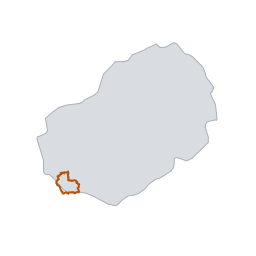 Delchevo, Delčevo, North Macedonia shown in context, rotated 159°
{"feature_id": "65306769B90097726978799", "entity_name": "Delchevo", "entity_type": "district", "adm_level": 2, "iso_a3": "MKD", "parent_name": "North Macedonia", "parent_adm1": "Delčevo", "projection": "robinson", "projection_center": [22.782, 41.938], "detail": "fine", "context": "in_parent", "style": "outline", "palette": "amber", "viewbox_px": 256, "rotation_deg": 159, "n_neighbors": 0, "source": "geoboundaries", "source_scale": "gbopen_adm2", "svg_char_len": 2869}
<svg xmlns="http://www.w3.org/2000/svg" viewBox="0 0 256 256"><g transform="rotate(159 128 128)"><path d="M116.2,69.8L120.3,70.3L129.2,67.9L134.8,64.7L137.6,64.3L141.4,63.0L146.8,63.2L152.3,64.6L159.2,62.8L166.1,59.8L168.8,60.5L171.8,63.1L173.7,63.8L185.1,77.2L191.3,82.7L198.6,86.8L207.0,89.8L210.0,92.7L215.3,107.1L217.9,112.5L221.4,114.1L222.3,115.7L222.5,117.8L218.5,127.9L216.9,150.4L215.9,152.2L211.7,152.1L206.1,152.6L204.0,154.4L201.7,166.5L192.7,170.0L184.6,171.9L177.7,171.5L165.7,168.6L161.7,168.3L158.3,169.9L147.6,170.8L142.8,172.9L131.6,187.1L120.4,192.0L116.5,194.5L107.9,191.4L103.8,191.1L97.8,194.7L84.7,195.0L81.2,195.7L71.1,196.2L70.7,194.3L68.9,191.4L64.2,190.1L54.6,191.2L52.3,189.1L48.5,177.1L45.4,175.1L42.0,171.1L36.3,158.0L36.2,152.2L36.7,147.2L33.5,135.5L35.6,132.5L38.6,130.6L38.7,125.9L37.9,118.7L41.6,104.6L42.6,103.6L43.5,104.3L52.0,105.4L54.3,103.6L55.7,100.8L56.3,90.5L58.3,85.7L79.2,76.7L85.2,76.3L89.9,80.5L93.6,83.2L95.8,83.1L96.6,80.4L99.2,75.2L103.5,72.3L116.1,69.8L116.2,69.8Z" fill="#d9dde1" stroke="#a8b0b8" stroke-width="1"/><path d="M206.4,110.0L206.1,109.4L206.5,108.9L207.0,109.2L207.8,109.1L208.1,108.6L210.4,108.2L209.9,107.8L210.5,107.6L211.3,106.5L211.1,105.1L211.8,105.0L212.1,104.6L212.9,104.5L213.7,104.0L214.1,103.3L214.8,103.2L214.7,103.2L214.7,102.5L214.6,102.2L214.5,101.7L214.4,101.7L214.4,101.4L214.5,101.1L214.5,100.8L214.4,100.7L214.3,100.4L214.3,100.0L214.2,99.9L214.2,99.7L214.0,99.4L213.5,99.3L213.3,99.1L213.2,98.9L212.9,98.1L212.9,97.6L212.9,97.1L212.8,96.5L212.7,96.3L212.8,95.9L212.9,95.5L212.9,95.1L213.0,94.7L212.9,94.4L212.8,94.2L212.8,93.6L212.8,93.0L212.8,92.7L212.7,92.4L212.4,92.2L212.0,92.0L212.0,91.9L212.2,91.4L212.3,91.1L212.3,90.8L212.3,90.3L212.2,90.2L211.5,89.9L211.1,89.9L210.5,90.0L210.2,90.1L209.9,90.2L209.7,90.3L209.3,90.2L209.2,90.2L209.0,89.9L208.8,89.8L208.7,89.7L208.2,89.4L207.8,88.8L207.6,88.4L207.3,88.1L207.1,88.3L206.7,88.7L206.4,88.8L205.9,88.8L205.5,88.7L205.1,88.5L204.5,88.3L204.3,88.3L204.1,88.2L203.9,88.2L203.7,88.0L203.4,87.9L203.3,88.0L203.0,88.1L202.9,88.1L202.5,87.9L202.3,87.8L202.2,87.5L202.1,87.2L201.8,86.9L201.7,86.8L201.3,86.5L201.2,86.4L201.2,86.2L200.8,86.1L200.2,86.2L199.6,86.4L199.3,86.4L198.6,86.4L198.4,86.4L198.2,86.3L198.0,86.2L197.9,86.0L197.8,85.9L197.6,85.8L197.2,85.6L196.4,86.4L196.5,90.1L195.2,90.4L194.7,91.2L194.5,92.2L193.9,92.7L193.9,93.2L194.5,94.1L194.8,94.1L194.8,94.4L195.8,95.3L195.7,95.6L195.1,95.7L194.8,96.1L195.8,97.8L197.0,98.6L197.7,98.4L198.8,98.7L199.1,98.6L199.9,99.0L200.4,99.8L201.3,99.9L202.2,100.4L202.5,100.9L201.7,101.9L201.7,102.4L201.5,102.6L201.7,103.1L201.1,103.6L201.3,104.2L200.8,106.1L200.0,106.7L200.0,107.3L199.7,107.7L199.7,108.7L200.4,108.6L200.9,108.3L203.1,109.3L203.6,109.0L203.6,108.7L203.8,108.6L204.2,109.5L204.9,109.5L205.6,110.0L206.4,110.0Z" fill="none" stroke="#b45309" stroke-width="2"/></g></svg>